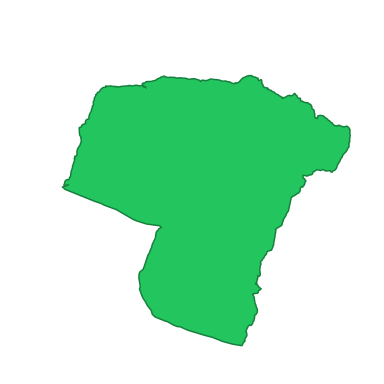 the district of North Tanna, Tafea, Vanuatu, rotated 22°
{"feature_id": "77236927B7031422019545", "entity_name": "North Tanna", "entity_type": "district", "adm_level": 2, "iso_a3": "VUT", "parent_name": "Vanuatu", "parent_adm1": "Tafea", "projection": "orthographic", "projection_center": [169.312, -19.371], "detail": "fine", "context": "isolated", "style": "filled", "palette": "green", "viewbox_px": 384, "rotation_deg": 22, "n_neighbors": 0, "source": "geoboundaries", "source_scale": "gbopen_adm2", "svg_char_len": 5879}
<svg xmlns="http://www.w3.org/2000/svg" viewBox="0 0 384 384"><g transform="rotate(22 192 192)"><path d="M295.8,315.8L296.0,315.0L296.1,312.1L297.0,310.7L297.0,310.4L296.4,310.0L296.2,309.2L296.4,306.3L296.7,305.2L296.6,304.4L295.1,301.6L294.0,300.8L293.9,300.3L294.2,299.6L294.2,297.3L294.5,294.8L295.2,293.8L296.5,293.7L296.8,293.5L297.5,291.4L297.1,289.6L297.6,288.4L297.6,287.6L297.2,286.4L297.1,284.9L296.5,283.6L296.4,283.0L297.4,280.9L297.5,278.8L297.0,277.2L296.2,275.9L294.7,274.6L293.5,272.8L292.0,271.4L290.8,269.3L290.0,268.1L289.3,266.6L286.7,264.1L286.8,263.5L290.6,261.3L290.9,260.8L290.8,258.5L292.0,256.8L292.3,255.9L291.9,255.7L289.1,254.9L287.7,253.6L285.4,253.3L285.2,253.0L285.5,252.3L286.2,252.2L285.3,249.7L285.6,248.7L285.1,247.9L284.9,246.0L284.5,245.6L284.5,245.0L285.1,245.3L285.7,245.2L286.2,244.4L286.3,243.7L286.0,242.4L283.9,238.7L283.6,236.9L283.1,236.2L283.0,233.1L282.4,232.2L282.0,232.0L281.8,230.8L282.6,228.8L282.7,227.2L283.3,226.1L283.4,223.7L284.2,222.0L284.0,219.5L284.8,218.2L287.4,216.2L287.5,215.9L287.5,210.5L286.7,208.1L285.8,203.1L284.9,200.1L284.8,198.4L284.5,197.9L284.0,195.8L283.5,195.4L284.7,193.2L287.3,189.9L287.7,188.8L287.6,187.8L287.2,186.9L287.4,185.2L287.3,184.4L286.9,183.9L287.8,179.3L287.8,176.3L288.5,173.4L286.2,160.7L286.2,159.8L286.9,158.5L288.4,156.9L290.1,154.2L290.8,153.5L291.5,152.5L291.8,150.9L291.7,150.0L291.0,148.2L291.4,146.3L292.8,146.0L292.9,144.6L293.4,143.9L293.5,142.7L293.1,140.1L293.5,139.7L293.3,139.0L292.8,138.6L292.2,138.4L291.4,137.6L290.5,137.6L290.0,137.4L289.0,135.9L288.9,135.0L289.2,134.7L292.3,134.2L293.4,133.7L294.0,132.6L296.3,131.2L297.0,130.1L296.6,128.7L296.7,128.3L297.8,127.1L298.6,125.6L299.7,124.6L300.4,124.3L303.1,124.0L304.3,122.6L305.5,122.1L308.0,122.5L312.0,120.5L312.5,120.6L313.5,121.4L314.2,121.2L314.5,121.0L315.1,119.2L316.2,118.3L316.9,116.4L317.0,115.1L316.7,112.8L317.5,108.3L317.6,104.8L318.2,103.4L318.0,101.9L318.3,100.3L319.8,96.7L320.1,94.8L320.1,93.1L320.6,91.6L320.6,91.1L319.5,88.6L319.1,88.2L319.1,87.8L319.4,87.5L319.4,86.4L318.5,84.2L317.4,80.1L316.4,78.6L316.0,77.1L315.3,76.2L315.2,75.0L313.1,73.6L311.5,73.0L310.6,73.1L309.0,74.4L308.1,74.8L305.7,75.1L303.2,75.0L302.4,75.7L301.7,76.6L300.9,76.6L299.3,77.0L297.3,76.4L296.3,75.5L295.3,75.5L293.8,75.1L292.7,74.4L291.5,74.4L290.5,73.8L288.7,73.3L287.1,73.1L286.3,72.5L285.0,72.2L282.6,72.8L280.9,73.6L280.2,74.5L280.5,77.0L279.5,76.8L278.7,77.2L277.7,76.2L277.1,75.0L276.5,73.4L275.5,72.4L274.6,70.5L272.1,69.7L271.6,69.1L271.3,68.2L270.5,67.4L269.8,67.1L269.4,66.4L267.1,66.4L266.2,65.9L265.4,65.9L264.4,66.4L263.6,66.6L261.6,66.8L260.7,66.5L260.1,66.5L259.8,66.5L259.3,67.0L258.6,67.0L257.5,64.6L256.9,64.6L255.9,65.1L255.1,65.1L254.0,64.4L253.3,63.5L251.2,62.9L250.7,62.2L250.2,62.2L250.0,62.4L249.2,64.5L248.7,65.1L248.0,65.8L246.8,65.7L245.9,66.0L244.4,67.2L243.5,68.8L241.7,70.1L241.3,71.0L240.9,71.2L240.5,71.2L240.2,70.5L239.9,70.4L237.2,70.1L235.1,69.5L233.5,69.6L232.3,69.4L230.6,68.6L228.6,68.8L227.6,68.2L225.6,68.4L224.9,68.1L223.9,68.5L223.8,67.7L223.4,67.4L221.9,67.4L221.4,67.9L221.0,67.9L219.8,67.7L218.6,67.7L217.6,66.0L215.9,64.9L215.0,62.7L214.2,62.0L213.7,62.2L212.9,63.3L212.0,63.7L211.6,63.0L210.8,62.4L210.6,61.8L208.9,62.1L208.4,61.8L207.6,61.8L206.2,62.2L205.6,62.0L204.1,62.1L203.7,61.7L203.1,61.9L202.4,62.4L201.3,62.6L200.7,63.3L199.5,63.9L198.3,65.5L196.5,67.1L195.5,69.3L194.7,71.7L193.7,73.4L192.9,74.1L191.4,74.4L191.1,74.8L191.1,75.6L187.9,76.2L186.6,75.8L185.4,75.9L183.5,76.4L181.5,76.5L178.6,77.9L175.5,77.9L174.4,78.3L173.1,78.4L170.7,79.3L167.4,80.1L166.4,80.7L164.7,82.5L163.8,83.1L161.9,83.9L159.7,84.4L159.2,84.8L158.7,86.2L158.5,86.3L157.1,85.6L152.1,86.0L150.6,86.5L149.4,87.4L148.6,87.6L147.1,88.7L143.4,88.9L141.2,89.8L139.5,90.1L134.5,92.3L132.5,92.3L131.7,92.8L129.6,93.4L127.5,94.5L126.1,95.0L124.6,95.2L123.0,94.9L122.3,95.2L121.3,96.3L119.9,97.4L119.7,98.2L118.4,99.2L117.1,100.7L116.4,102.2L115.3,102.8L112.7,104.8L108.4,106.7L107.9,107.3L107.3,108.6L105.9,109.3L105.4,110.4L106.1,111.0L106.3,111.0L107.1,111.6L108.0,111.9L109.6,112.0L110.0,112.5L107.4,112.6L107.0,112.4L106.5,111.8L105.8,111.8L105.2,112.2L104.5,113.0L100.2,113.9L99.1,114.5L96.9,116.1L93.7,116.7L93.5,117.4L92.0,117.9L89.3,119.4L86.9,120.5L85.0,122.1L83.3,122.2L82.6,123.0L81.3,122.8L79.3,123.7L76.8,124.1L75.3,125.1L74.4,125.3L73.7,125.9L72.7,125.9L72.3,126.1L72.3,126.3L72.9,126.7L72.8,127.2L70.3,128.5L68.9,131.3L68.5,133.7L68.1,134.3L67.2,135.0L67.0,135.7L67.1,136.7L66.3,137.8L66.8,138.5L66.3,141.5L66.9,143.4L66.7,145.1L67.9,148.3L68.0,148.9L67.5,149.7L67.5,150.1L68.0,150.9L67.9,153.1L68.4,154.7L68.0,156.2L68.0,159.8L68.9,162.8L68.5,163.4L67.6,163.8L67.0,164.6L66.8,166.6L67.0,167.4L67.7,168.1L67.4,168.7L65.2,170.6L64.8,171.6L65.0,173.2L64.1,173.8L63.4,174.6L63.6,175.4L64.5,177.0L65.1,178.8L66.9,181.7L68.2,182.4L68.9,184.0L69.8,185.2L70.3,186.3L70.6,190.5L70.2,192.1L70.2,193.2L69.7,194.2L69.8,195.5L70.1,197.3L71.5,201.0L71.4,201.6L69.9,203.0L70.7,204.3L70.3,204.8L70.3,205.2L71.0,205.7L71.3,206.8L71.4,210.5L71.6,211.4L71.4,212.2L72.1,214.5L72.3,218.6L73.5,223.0L73.1,224.3L73.2,226.4L73.1,226.8L72.7,227.0L72.1,227.0L71.3,227.5L70.3,229.2L70.4,230.6L70.6,231.0L70.6,233.4L71.4,233.6L72.1,233.4L74.3,231.6L74.6,231.7L73.2,233.2L70.8,235.1L70.1,235.9L73.4,237.1L105.1,237.1L111.9,236.7L116.0,237.1L128.6,236.7L148.0,239.5L152.1,239.5L161.8,238.7L174.8,235.4L176.8,236.3L175.1,238.3L174.8,240.1L174.0,241.9L174.0,243.0L174.6,245.9L175.3,248.2L174.8,255.1L175.3,259.2L175.1,261.9L175.3,264.1L174.8,267.1L175.6,278.8L175.6,282.2L173.7,285.4L173.7,288.0L175.0,291.7L179.4,298.9L179.7,301.7L184.1,306.6L186.7,309.1L189.8,311.1L193.2,314.0L198.7,317.2L201.0,320.3L204.6,321.7L215.0,321.7L217.9,321.4L224.6,322.3L228.5,322.3L231.6,321.4L239.9,321.7L257.0,320.2L265.7,319.1L276.3,319.1L286.4,317.9L295.8,315.8Z" fill="#22c55e" stroke="#15803d" stroke-width="1.5"/></g></svg>